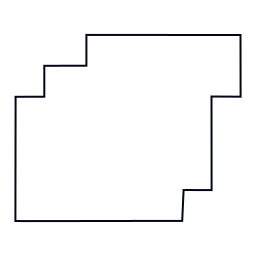 Pushmataha, Oklahoma, United States of America
{"feature_id": "52423323B78550164049948", "entity_name": "Pushmataha", "entity_type": "district", "adm_level": 2, "iso_a3": "USA", "parent_name": "United States of America", "parent_adm1": "Oklahoma", "projection": "equal_earth", "projection_center": [-95.422, 34.419], "detail": "fine", "context": "isolated", "style": "outline", "palette": "ink", "viewbox_px": 256, "rotation_deg": 0, "n_neighbors": 0, "source": "geoboundaries", "source_scale": "gbopen_adm2", "svg_char_len": 299}
<svg xmlns="http://www.w3.org/2000/svg" viewBox="0 0 256 256"><path d="M44.3,65.8L44.3,96.7L15.5,96.8L15.6,99.1L15.4,221.0L28.6,221.1L182.2,220.9L183.6,190.0L211.6,190.1L211.5,96.5L240.6,96.7L240.5,35.0L207.9,35.0L86.4,34.9L86.4,65.7L44.3,65.8Z" fill="none" stroke="#020617" stroke-width="2"/></svg>